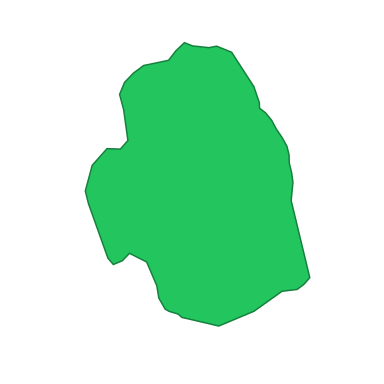 Imo, Equal Earth projection, rotated 332°
{"feature_id": "NGA-2843", "entity_name": "Imo", "entity_type": "State", "adm_level": 1, "iso_a3": "NGA", "parent_name": "Nigeria", "parent_adm1": "", "projection": "equal_earth", "projection_center": [7.056, 5.554], "detail": "fine", "context": "isolated", "style": "filled", "palette": "green", "viewbox_px": 384, "rotation_deg": 332, "n_neighbors": 0, "source": "natural_earth", "source_scale": "10m", "svg_char_len": 741}
<svg xmlns="http://www.w3.org/2000/svg" viewBox="0 0 384 384"><g transform="rotate(332 192 192)"><path d="M98.2,220.0L88.5,219.1L86.7,211.0L95.1,153.7L98.3,141.0L116.4,121.6L137.3,113.8L148.9,120.5L159.6,116.4L170.3,87.2L173.9,71.8L184.0,63.5L196.2,59.5L208.7,57.6L233.1,64.7L244.2,59.7L255.4,56.6L261.1,63.3L274.7,72.5L282.2,74.8L292.6,87.2L296.1,128.0L293.4,144.7L291.0,149.8L294.1,156.7L296.0,166.2L296.0,176.1L297.1,186.0L297.3,196.1L295.2,204.6L291.5,212.1L289.0,221.8L285.7,230.8L275.5,246.2L255.8,322.9L247.8,326.0L239.1,327.4L224.8,321.9L190.8,326.4L152.7,322.9L124.2,298.0L122.3,293.1L115.8,286.7L113.3,282.8L112.9,270.1L116.9,258.4L119.1,232.5L108.0,216.8L98.2,220.0Z" fill="#22c55e" stroke="#15803d" stroke-width="1.5"/></g></svg>